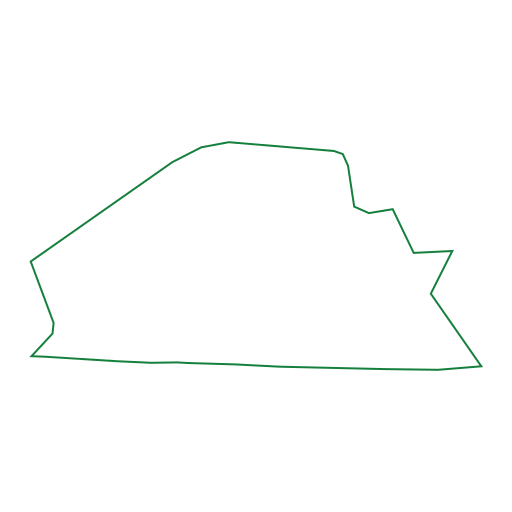 Monroe, Kentucky, United States of America
{"feature_id": "52423323B52721300719705", "entity_name": "Monroe", "entity_type": "district", "adm_level": 2, "iso_a3": "USA", "parent_name": "United States of America", "parent_adm1": "Kentucky", "projection": "robinson", "projection_center": [-85.705, 36.728], "detail": "fine", "context": "isolated", "style": "outline", "palette": "green", "viewbox_px": 512, "rotation_deg": 0, "n_neighbors": 0, "source": "geoboundaries", "source_scale": "gbopen_adm2", "svg_char_len": 470}
<svg xmlns="http://www.w3.org/2000/svg" viewBox="0 0 512 512"><path d="M187.6,363.0L234.9,364.4L280.0,366.7L384.9,369.1L385.3,369.1L438.0,369.8L481.3,366.3L430.8,293.7L452.3,251.0L413.7,252.9L392.7,209.2L368.9,213.1L354.2,206.6L348.0,165.7L342.8,154.1L334.0,151.0L228.8,142.2L201.3,147.3L172.4,162.1L30.7,261.5L53.6,322.9L52.5,333.6L31.5,356.2L44.7,356.7L116.5,361.2L151.3,362.8L176.9,362.4L187.6,363.0L187.6,363.0Z" fill="none" stroke="#15803d" stroke-width="2"/></svg>